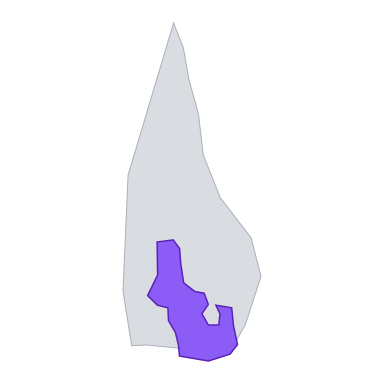 where Triesen sits in Liechtenstein
{"feature_id": "LIE-4893", "entity_name": "Triesen", "entity_type": "state/province", "adm_level": 1, "iso_a3": "LIE", "parent_name": "Liechtenstein", "parent_adm1": "", "projection": "mercator", "projection_center": [9.548, 47.092], "detail": "fine", "context": "in_parent", "style": "filled", "palette": "violet", "viewbox_px": 384, "rotation_deg": 0, "n_neighbors": 0, "source": "natural_earth", "source_scale": "10m", "svg_char_len": 695}
<svg xmlns="http://www.w3.org/2000/svg" viewBox="0 0 384 384"><path d="M229.1,353.3L147.1,345.0L131.7,345.7L123.0,291.3L128.1,175.0L173.6,23.0L183.4,48.0L189.0,79.8L198.4,113.7L203.3,155.1L220.3,197.8L251.1,237.8L261.0,276.4L245.3,324.8L229.1,353.3Z" fill="#d9dde1" stroke="#a8b0b8" stroke-width="1"/><path d="M237.5,344.6L230.1,354.1L208.4,361.0L179.5,356.1L178.5,345.6L175.5,332.7L168.5,320.7L167.9,307.8L157.4,305.2L147.6,295.6L157.6,275.0L157.1,242.0L173.2,239.9L179.6,248.5L180.8,264.0L183.7,282.9L194.9,291.5L204.2,293.2L208.3,304.4L201.9,313.8L208.3,325.0L218.8,325.0L220.0,313.8L215.9,305.2L231.7,307.8L233.5,325.9L237.5,344.6Z" fill="#8b5cf6" stroke="#5b21b6" stroke-width="1.5"/></svg>